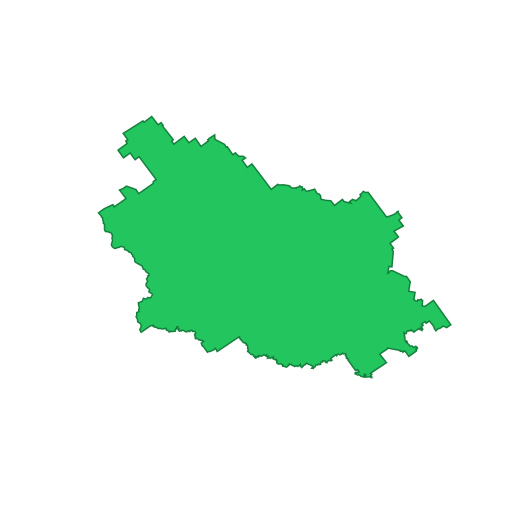 Charters Towers, Queensland, Australia (Albers equal-area conic projection), rotated 139°
{"feature_id": "25037944B10597176528862", "entity_name": "Charters Towers", "entity_type": "district", "adm_level": 2, "iso_a3": "AUS", "parent_name": "Australia", "parent_adm1": "Queensland", "projection": "albers", "projection_center": [146.233, -20.209], "detail": "fine", "context": "isolated", "style": "filled", "palette": "green", "viewbox_px": 512, "rotation_deg": 139, "n_neighbors": 0, "source": "geoboundaries", "source_scale": "gbopen_adm2", "svg_char_len": 6093}
<svg xmlns="http://www.w3.org/2000/svg" viewBox="0 0 512 512"><g transform="rotate(139 256 256)"><path d="M275.8,435.7L276.5,427.9L278.9,428.2L279.3,425.5L290.7,426.4L291.6,417.0L283.4,416.3L284.1,408.0L279.1,407.6L281.2,379.2L284.6,379.6L286.2,378.2L303.6,380.0L303.0,384.9L307.9,393.7L312.4,394.2L315.7,395.4L316.4,384.6L330.9,386.1L330.3,387.7L330.4,388.7L339.7,391.3L346.6,391.9L346.5,388.0L347.0,386.6L346.7,385.4L347.8,384.1L348.8,381.7L349.8,380.9L349.5,379.3L353.0,375.4L353.5,374.0L353.3,372.8L352.3,372.2L350.3,368.6L350.3,367.2L350.9,366.3L350.6,366.0L351.0,365.3L352.9,364.1L354.1,361.8L357.8,359.4L358.4,357.4L357.9,354.8L356.9,353.7L355.4,353.5L353.9,352.4L351.7,351.9L349.6,349.0L351.0,347.0L350.2,346.0L349.3,344.0L349.2,342.0L348.1,340.5L348.6,338.9L348.5,337.6L349.2,336.8L349.1,333.8L350.9,331.6L351.2,330.7L348.5,323.2L349.7,320.0L348.8,318.5L349.4,316.4L348.5,312.9L349.3,311.5L350.5,312.0L351.7,311.0L353.6,310.6L354.5,307.9L356.4,307.5L358.2,306.2L358.6,303.8L358.2,300.9L358.5,300.1L359.9,299.7L360.4,298.9L359.2,296.0L359.5,294.8L363.0,293.5L364.9,295.7L367.2,295.5L368.7,298.0L371.6,296.4L375.5,297.9L377.5,294.8L377.6,293.5L378.7,293.2L380.3,291.8L380.7,290.8L383.1,291.6L385.2,289.2L386.3,288.9L387.0,285.9L388.5,283.9L387.6,281.3L388.2,278.6L392.1,276.5L392.7,273.8L381.1,272.5L380.2,271.6L379.5,271.7L379.0,270.9L379.1,270.3L379.7,270.1L378.8,268.3L378.0,267.7L377.4,265.4L375.9,264.3L374.6,262.4L372.5,261.0L371.7,261.1L371.5,260.1L372.2,258.7L371.4,258.1L371.6,257.6L371.0,256.8L371.5,255.9L371.1,255.3L369.6,255.1L368.9,254.0L366.1,252.2L364.7,253.7L364.0,253.6L363.6,252.9L362.9,254.2L362.1,254.5L361.4,253.8L362.2,253.4L362.0,251.6L363.2,250.8L363.2,249.5L361.8,249.1L361.4,248.4L360.9,248.6L359.6,247.6L358.7,244.8L358.0,244.2L356.1,243.8L356.0,242.7L353.2,242.3L353.4,240.7L351.7,239.3L351.8,238.0L352.5,237.0L353.5,237.2L354.2,236.8L354.1,235.9L354.8,235.3L354.9,234.1L355.7,234.0L355.9,233.3L355.2,233.1L354.3,231.5L354.3,230.4L353.4,229.8L353.5,229.1L352.0,227.5L352.3,226.9L351.4,226.3L351.6,225.9L354.5,226.2L355.6,223.3L355.1,222.5L355.8,215.3L354.9,215.3L353.6,214.2L349.6,212.9L347.1,213.0L348.0,209.4L321.0,206.0L322.4,205.6L322.0,204.2L322.6,203.1L322.2,202.5L322.4,199.0L321.1,197.6L321.4,197.2L320.8,196.2L321.7,195.1L321.1,194.8L321.2,193.6L323.1,191.6L322.9,190.6L325.0,189.4L324.6,188.8L324.3,184.7L322.9,183.7L322.9,182.8L323.5,182.3L322.9,180.5L323.5,180.3L323.2,179.0L322.5,179.1L322.8,180.2L322.2,180.4L320.6,178.2L319.8,178.3L320.1,179.1L319.1,179.1L318.8,178.0L318.0,177.7L317.4,176.6L314.7,176.3L314.3,174.7L313.4,174.6L313.9,174.3L314.0,173.3L312.4,172.6L312.5,172.1L314.3,171.2L312.6,170.5L312.5,169.4L310.8,169.3L310.6,168.2L309.9,168.7L308.9,168.5L310.5,167.1L309.7,165.4L308.5,164.7L309.3,163.7L308.8,163.2L310.2,162.0L310.5,161.1L309.7,159.4L308.0,158.5L307.9,157.3L307.1,156.3L308.2,155.3L307.5,154.7L306.1,152.3L304.7,151.9L303.2,152.5L302.9,151.9L301.7,152.6L301.2,151.5L300.4,151.0L300.6,149.9L299.5,148.1L299.5,147.4L297.8,146.7L296.9,145.2L293.8,145.1L294.5,144.3L294.3,143.6L294.9,143.3L294.0,142.7L294.4,141.8L290.5,142.2L289.9,141.6L288.3,142.1L285.6,136.1L285.8,135.2L287.6,134.7L286.4,133.5L285.9,134.0L283.9,133.6L282.5,134.5L281.0,133.4L279.8,133.5L279.6,132.7L278.3,131.8L277.3,132.9L276.4,133.2L275.2,132.4L274.9,133.1L274.4,133.1L272.8,131.7L273.3,130.0L272.4,128.9L271.8,129.6L269.5,129.4L268.3,127.7L267.0,127.5L266.8,129.7L260.4,129.1L260.5,127.8L259.3,128.4L258.0,127.7L257.6,126.4L256.4,125.9L254.3,126.0L254.4,124.9L252.4,123.5L252.5,122.5L253.8,122.3L253.9,119.9L254.8,119.8L254.7,118.9L253.9,118.2L254.2,117.2L254.8,117.1L256.0,104.5L255.0,104.4L254.8,103.6L253.8,103.5L254.1,100.8L255.5,100.9L255.4,101.6L257.5,102.8L258.5,102.2L257.6,100.7L257.6,99.8L255.9,98.3L255.8,96.4L253.7,93.5L252.0,95.7L250.9,94.8L252.6,92.7L249.5,90.3L248.9,89.0L248.8,89.4L248.1,89.0L248.4,89.8L247.8,90.4L246.2,90.7L246.8,92.4L227.5,89.9L227.0,100.8L217.7,99.7L217.1,100.2L209.2,90.2L209.7,89.4L207.6,87.9L208.2,87.0L205.9,86.7L206.5,79.9L197.4,79.1L196.7,79.6L196.4,80.9L195.0,80.2L194.5,80.6L194.4,82.3L195.0,83.3L196.9,83.3L197.2,85.6L199.0,87.2L198.7,88.6L199.2,91.7L198.5,91.7L198.0,92.6L198.1,93.1L199.1,93.2L198.9,94.7L196.9,97.0L196.6,98.0L195.0,99.8L195.1,100.7L194.5,101.1L194.6,99.9L194.0,99.2L193.3,99.0L191.6,100.2L190.8,100.1L190.3,99.4L189.7,99.5L189.3,98.9L187.3,98.4L187.2,97.7L187.6,97.6L187.0,97.1L186.8,95.0L180.8,94.5L180.9,93.3L180.1,92.8L179.7,90.9L179.1,91.3L179.0,92.5L178.1,91.7L177.7,93.6L178.1,94.2L175.4,94.0L175.3,95.4L175.7,96.0L171.5,95.6L171.7,93.6L167.8,93.2L167.9,87.9L168.4,85.2L169.0,84.4L169.3,81.5L166.8,81.7L163.7,80.5L160.7,80.3L159.0,76.8L154.1,76.3L151.2,106.1L161.4,107.1L163.4,109.2L159.4,113.2L159.9,113.7L159.7,115.0L161.5,115.6L162.6,116.8L163.9,116.1L164.9,117.1L165.4,119.5L159.8,124.2L163.9,129.2L156.5,135.4L155.8,141.8L157.3,143.1L162.7,155.5L164.5,156.8L166.1,156.2L167.9,156.6L162.5,160.9L160.6,158.6L150.2,168.6L149.3,169.7L148.8,171.9L147.1,171.7L146.5,177.6L136.0,176.9L135.5,184.2L125.1,182.0L124.6,189.4L120.8,189.1L120.2,195.6L119.3,196.3L120.1,196.8L122.4,196.5L125.6,197.1L131.9,199.7L129.6,230.5L131.6,232.0L132.7,234.4L135.3,233.9L137.0,234.2L137.1,233.1L137.6,233.1L138.1,232.2L144.1,232.1L146.1,235.4L149.7,235.7L149.8,233.6L153.8,239.2L153.6,242.0L163.6,242.7L163.3,248.6L167.0,252.4L169.4,255.8L169.6,256.7L168.1,258.5L167.7,259.7L167.7,261.4L168.6,262.6L168.8,264.2L167.8,267.9L175.7,271.7L175.4,275.0L177.8,275.4L176.3,276.4L175.8,277.9L176.6,278.7L177.0,280.2L178.0,279.8L180.1,281.0L181.3,280.7L181.5,281.6L183.7,282.9L184.7,285.0L184.5,286.4L184.8,287.2L188.2,291.3L192.6,295.0L192.6,295.8L200.8,296.3L198.7,328.2L204.4,328.6L203.7,337.2L199.6,336.9L200.3,339.7L203.6,342.6L203.9,347.4L207.1,347.6L206.0,357.4L207.1,357.7L206.5,360.9L210.2,370.3L210.2,371.4L207.7,374.5L213.7,375.4L216.1,375.4L216.2,374.1L225.6,374.7L224.6,384.7L232.3,385.5L231.7,393.4L244.6,394.3L244.3,398.1L242.1,398.0L241.3,415.7L240.4,415.6L240.1,418.9L243.8,419.3L243.2,429.7L252.8,430.4L252.7,432.1L275.8,435.7Z" fill="#22c55e" stroke="#15803d" stroke-width="1.5"/></g></svg>